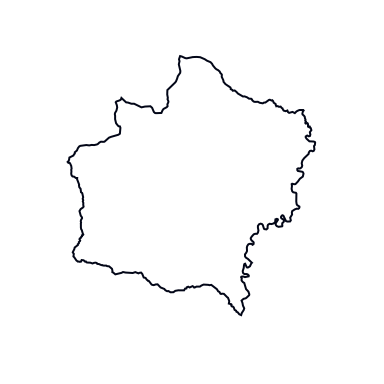 outline of Balboa, Cauca, Colombia, rotated 341°
{"feature_id": "7082276B98120491021397", "entity_name": "Balboa", "entity_type": "district", "adm_level": 2, "iso_a3": "COL", "parent_name": "Colombia", "parent_adm1": "Cauca", "projection": "albers", "projection_center": [-77.202, 2.077], "detail": "fine", "context": "isolated", "style": "outline", "palette": "ink", "viewbox_px": 384, "rotation_deg": 341, "n_neighbors": 0, "source": "geoboundaries", "source_scale": "gbopen_adm2", "svg_char_len": 6005}
<svg xmlns="http://www.w3.org/2000/svg" viewBox="0 0 384 384"><g transform="rotate(341 192 192)"><path d="M91.8,118.9L87.3,119.5L86.2,121.6L85.3,122.6L84.2,123.1L84.6,124.2L85.7,124.6L86.0,125.1L86.3,128.0L85.8,130.6L85.0,131.8L84.8,133.0L83.7,135.5L83.6,137.2L84.1,138.4L85.5,139.1L86.7,140.9L88.0,141.4L87.5,142.5L87.7,148.2L87.3,148.9L87.0,150.8L87.7,152.7L87.0,156.1L87.8,157.2L87.8,157.8L87.4,161.5L86.4,162.9L86.5,164.3L85.7,165.3L85.7,166.9L85.0,168.7L84.7,170.6L83.7,171.2L81.2,171.9L79.4,173.4L79.1,178.1L79.7,180.2L79.5,181.0L78.0,182.3L77.3,183.4L77.1,185.0L76.5,185.8L76.4,186.5L75.4,189.3L75.1,191.1L75.4,192.2L75.2,195.7L75.4,196.8L75.1,197.1L73.8,197.1L73.6,198.1L72.4,198.5L72.1,199.1L70.7,199.4L70.2,200.1L70.5,201.4L70.0,202.0L68.7,202.5L68.3,203.7L67.0,204.2L66.8,205.0L63.0,206.3L62.2,207.6L59.6,210.2L60.1,212.0L58.9,214.4L59.4,215.3L60.4,219.1L61.5,220.7L62.2,220.8L63.0,221.4L64.3,221.7L65.5,220.4L67.3,221.3L68.2,223.0L69.0,223.1L69.3,224.1L69.8,224.5L72.8,225.7L74.7,227.2L76.2,227.1L77.8,227.4L78.8,228.1L79.0,229.1L80.5,229.8L82.6,231.7L83.4,231.9L84.0,232.6L87.0,233.7L87.5,234.4L89.4,235.3L91.3,238.5L91.2,240.2L90.6,241.9L91.2,242.4L92.7,244.9L99.0,245.5L100.7,245.2L103.1,246.6L109.6,249.3L112.3,249.3L114.9,251.5L115.8,251.3L117.6,251.6L118.3,253.2L118.5,257.1L120.1,258.1L120.7,260.3L121.3,260.9L121.4,261.6L122.3,262.2L123.6,266.2L124.1,266.8L125.5,267.6L127.7,267.6L129.4,268.1L131.2,272.0L134.3,274.7L134.8,276.2L136.2,277.7L137.5,278.0L139.0,279.8L141.8,280.7L144.0,280.0L147.1,280.5L152.5,282.4L154.0,281.1L155.3,281.4L156.0,280.4L157.6,280.3L158.7,281.5L161.9,281.2L162.7,282.2L162.8,282.9L163.4,283.2L165.5,282.9L168.7,284.0L170.4,283.5L172.8,283.3L177.2,285.1L178.2,285.8L180.0,286.1L183.9,292.0L184.4,294.4L185.4,295.4L185.7,297.3L186.3,297.9L187.3,297.9L189.0,298.7L191.0,302.9L191.6,303.7L191.7,307.3L190.5,309.5L192.6,310.9L192.7,311.5L192.2,312.0L192.2,312.6L192.4,313.1L193.3,313.6L193.9,314.7L193.9,317.3L195.1,318.6L195.0,319.6L196.1,320.7L196.9,323.0L198.4,324.4L199.7,322.6L202.4,320.5L203.5,319.0L203.2,316.0L203.6,313.2L203.5,310.8L205.9,309.8L208.1,310.0L209.1,309.7L212.4,308.2L212.9,307.3L212.9,304.5L211.5,301.4L211.8,295.0L210.8,293.8L210.1,291.9L210.3,291.0L210.9,290.0L210.7,288.6L211.0,288.2L211.7,288.2L213.1,288.7L214.3,289.7L218.1,290.2L218.5,289.4L217.8,288.0L216.8,287.3L214.9,286.7L214.1,285.6L213.9,284.9L214.2,283.3L216.2,280.6L217.4,278.0L218.2,277.1L218.9,277.1L219.2,280.6L219.6,281.4L220.5,281.6L222.6,281.1L225.0,278.6L225.6,278.4L223.1,273.5L221.6,271.6L221.2,270.2L221.8,268.2L223.6,267.0L224.8,265.7L225.8,262.3L226.6,261.1L228.1,259.9L229.2,259.7L231.5,260.4L232.0,261.6L233.1,261.4L233.8,260.2L233.8,259.3L232.5,257.0L232.3,255.5L232.5,254.8L233.8,253.7L236.6,252.1L238.2,252.1L239.9,252.7L241.1,251.9L242.3,250.0L242.7,247.2L243.3,245.5L245.0,244.3L246.6,244.3L247.8,245.2L248.2,246.3L248.1,250.2L248.6,250.8L250.2,251.6L251.6,251.0L252.6,248.4L253.3,247.7L255.0,247.3L256.7,248.2L258.8,248.3L260.8,247.6L262.0,245.0L263.5,245.0L264.2,245.6L264.2,246.3L261.0,248.8L260.5,250.1L260.7,251.0L261.1,251.9L262.5,253.1L266.0,253.8L266.4,253.5L266.8,251.7L267.3,250.8L268.7,250.3L269.7,249.2L269.4,247.8L268.2,246.3L267.8,245.3L268.2,244.3L269.4,243.5L270.1,243.5L270.7,244.2L271.4,250.1L272.4,250.9L275.1,251.8L276.2,251.0L276.5,248.2L279.3,245.9L279.7,244.0L280.5,242.7L283.6,241.9L285.8,241.9L286.9,242.5L288.0,242.2L288.7,241.3L288.8,240.7L287.2,238.7L287.0,237.4L287.5,234.9L290.2,227.5L290.0,226.6L287.6,225.2L287.0,223.9L287.2,221.5L288.5,218.8L288.8,217.0L289.4,216.8L291.1,217.9L292.4,218.2L295.5,216.6L298.3,214.6L301.8,213.5L303.4,211.0L303.4,209.6L302.9,208.8L299.0,206.6L298.7,205.6L299.1,204.4L300.1,204.2L301.3,204.8L302.3,204.9L303.9,204.2L304.8,203.0L305.1,200.5L306.6,198.2L309.1,196.5L314.6,194.0L315.4,192.6L316.8,191.6L318.1,191.7L319.4,192.8L320.5,192.7L321.6,191.6L322.3,188.3L323.4,187.6L324.5,185.5L324.5,184.8L323.5,183.9L319.5,182.3L317.7,179.0L317.3,177.4L317.6,176.5L319.3,176.1L320.6,177.4L321.8,177.4L322.6,176.2L322.9,173.8L325.0,172.4L325.1,170.2L324.5,169.6L324.7,168.5L323.9,168.0L323.2,168.3L323.0,167.9L323.8,165.6L323.6,164.5L321.9,164.4L321.6,163.9L321.7,163.4L322.7,162.5L322.3,161.4L322.9,160.5L322.8,158.9L323.1,157.8L322.8,156.5L321.8,154.7L321.8,154.0L323.0,152.0L324.1,151.3L323.9,150.7L320.4,149.5L319.2,149.5L317.1,149.8L314.9,150.9L313.1,149.0L309.6,148.8L308.8,147.7L308.7,146.0L306.9,146.1L305.2,144.9L304.8,143.5L304.8,142.4L304.2,141.8L303.6,140.1L302.0,139.8L301.1,138.8L299.7,138.4L299.9,137.9L299.5,137.4L299.7,136.0L298.3,134.1L298.3,132.5L297.8,131.4L297.1,131.5L295.6,130.1L294.7,130.0L290.5,131.3L289.2,130.9L287.8,131.2L285.1,129.7L283.7,128.2L280.7,127.2L279.8,126.6L278.8,124.9L278.9,124.1L278.3,123.1L276.3,122.3L274.8,120.3L272.8,118.7L271.3,118.3L267.5,113.9L266.6,111.8L265.4,109.9L263.5,109.5L263.3,108.5L262.1,107.4L262.4,106.5L262.3,105.6L258.8,101.0L257.7,98.1L258.0,96.6L257.6,92.8L258.4,90.8L258.2,89.9L257.6,88.9L257.4,87.1L256.3,85.2L255.1,84.0L254.3,82.7L253.0,79.2L252.7,77.3L251.8,75.3L248.9,72.7L247.3,70.6L243.6,67.2L240.4,65.8L236.7,64.7L230.5,63.9L229.2,63.2L226.5,60.6L225.0,59.6L222.9,62.3L222.8,64.2L221.1,67.0L220.4,73.8L219.6,75.5L216.3,77.9L214.8,80.0L212.8,82.3L211.5,83.1L201.9,87.6L200.3,91.8L199.8,95.2L199.1,96.2L199.2,98.6L198.7,99.6L197.3,101.0L196.8,103.0L195.7,103.6L192.1,104.2L190.7,105.2L188.8,107.3L183.5,105.7L182.7,105.2L182.0,103.9L181.7,99.4L180.6,97.4L175.3,95.9L171.8,95.5L166.0,89.7L163.4,88.8L160.6,86.6L158.9,85.8L155.9,80.1L154.9,81.4L153.4,81.8L149.9,81.8L149.1,82.3L149.2,85.5L148.8,87.7L147.0,90.5L145.1,92.1L144.4,93.2L144.1,95.0L143.0,98.1L142.6,102.3L143.6,105.2L144.1,106.0L145.2,106.5L145.2,108.0L142.8,113.4L141.0,113.9L133.4,113.5L131.2,113.6L125.7,115.9L125.1,115.9L122.2,114.8L120.4,115.1L118.8,115.9L117.7,116.1L114.8,115.8L112.4,114.8L110.0,114.5L107.4,113.2L101.4,112.0L100.2,112.2L98.4,113.4L96.7,115.3L94.1,116.3L93.7,117.5L92.5,118.1L91.8,118.9Z" fill="none" stroke="#020617" stroke-width="2"/></g></svg>